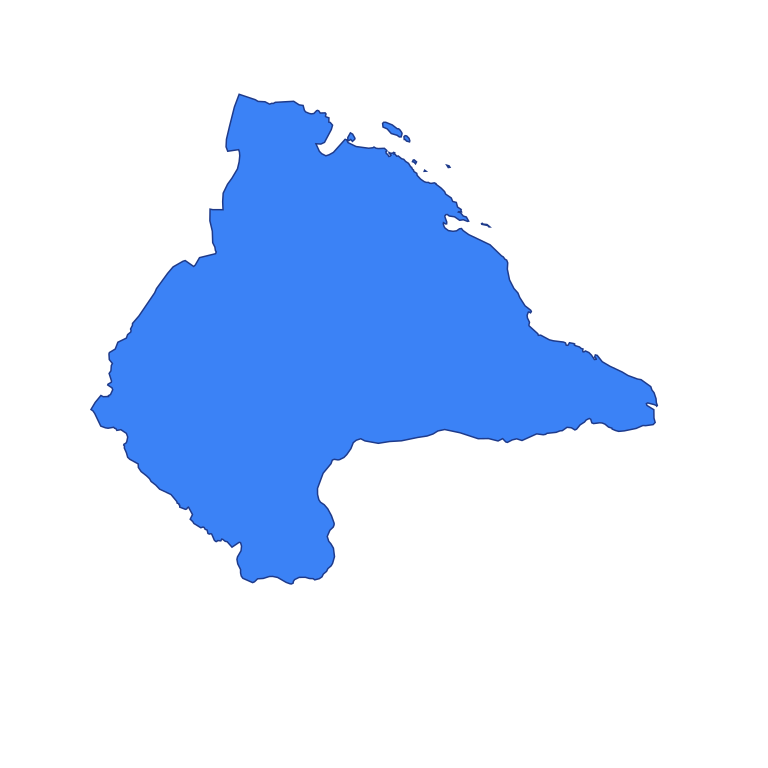 the district of Morombe, Atsimo-Andrefana, Madagascar, rotated 116°
{"feature_id": "10022922B72547257848133", "entity_name": "Morombe", "entity_type": "district", "adm_level": 2, "iso_a3": "MDG", "parent_name": "Madagascar", "parent_adm1": "Atsimo-Andrefana", "projection": "albers", "projection_center": [43.782, -21.873], "detail": "fine", "context": "isolated", "style": "filled", "palette": "blue", "viewbox_px": 768, "rotation_deg": 116, "n_neighbors": 0, "source": "geoboundaries", "source_scale": "gbopen_adm2", "svg_char_len": 6178}
<svg xmlns="http://www.w3.org/2000/svg" viewBox="0 0 768 768"><g transform="rotate(116 384 384)"><path d="M602.9,378.4L601.0,378.9L599.0,378.6L595.0,375.5L592.2,369.9L591.5,365.7L590.0,362.3L590.4,360.4L587.3,356.8L584.5,355.2L581.4,355.2L577.6,353.5L574.5,353.5L570.6,351.8L567.7,351.6L560.9,352.8L553.7,357.5L550.9,361.7L549.6,364.7L545.9,368.2L539.2,368.5L534.8,366.9L532.5,367.1L531.0,367.8L525.4,373.5L520.8,379.9L518.7,384.8L518.1,389.3L516.5,391.9L512.4,395.3L507.0,398.0L490.9,399.6L478.9,396.7L475.0,397.1L473.5,395.7L472.4,392.1L471.5,390.8L467.6,387.8L463.7,386.5L456.6,385.4L450.2,385.9L446.7,384.3L443.4,380.9L443.5,376.2L439.8,363.1L433.2,353.7L427.4,343.4L417.2,330.2L411.9,322.5L407.4,318.0L402.6,315.0L398.3,309.5L394.5,294.3L391.9,275.4L387.2,266.1L385.2,256.5L381.1,253.4L382.7,249.1L382.4,247.5L378.0,244.2L375.1,240.7L374.3,235.2L361.9,224.9L359.8,218.6L358.4,216.7L356.9,215.9L352.0,208.1L348.9,205.2L347.8,203.3L342.7,200.5L341.2,196.4L341.6,192.3L340.2,191.1L334.7,189.8L330.3,187.1L327.7,186.5L325.0,184.4L325.1,182.7L327.8,180.2L327.7,178.3L324.3,173.1L323.4,170.8L323.2,167.8L324.3,163.3L323.8,159.8L324.5,159.2L324.3,155.5L323.7,152.3L320.8,147.5L313.4,137.9L307.8,133.1L306.7,130.5L302.5,124.3L299.7,123.4L296.3,126.4L288.8,130.2L288.0,138.3L286.6,139.6L285.4,138.7L284.0,131.8L284.0,129.8L284.4,129.2L283.5,128.9L281.4,131.0L277.9,133.1L273.5,137.4L271.9,140.6L269.4,143.1L267.4,154.9L268.4,158.3L269.4,168.4L268.8,175.1L269.0,188.6L268.3,197.6L264.8,204.9L265.2,206.8L267.4,206.5L268.0,204.7L268.8,204.1L269.8,205.6L267.1,210.2L265.9,213.6L266.0,217.4L267.5,218.4L267.8,219.3L267.1,220.0L265.3,220.5L265.6,222.2L265.0,224.6L265.7,229.0L265.5,230.0L264.5,230.1L264.4,230.9L265.6,235.4L268.4,235.6L269.0,236.3L269.2,237.3L267.5,238.9L267.6,241.0L270.9,250.6L271.8,254.7L271.4,264.6L272.6,266.6L271.4,267.8L268.2,278.9L267.6,279.6L264.7,280.3L261.8,284.0L259.5,285.5L256.1,285.8L255.7,285.3L255.8,283.5L254.3,283.3L253.4,284.4L251.9,291.5L246.7,300.0L243.5,303.5L241.2,309.1L235.4,316.8L226.7,323.5L220.9,325.9L218.9,328.0L218.8,330.1L217.5,332.4L217.3,334.6L212.4,349.7L212.6,373.3L211.4,380.3L210.3,382.5L211.4,384.2L214.5,385.9L216.5,388.9L217.9,393.4L217.1,397.5L216.2,399.0L214.0,401.0L212.9,401.3L213.1,398.7L212.6,397.9L210.9,398.6L207.0,402.6L206.3,403.0L204.6,402.6L203.9,401.4L204.4,399.0L202.8,393.9L203.7,387.8L201.6,384.7L201.2,380.1L200.5,379.3L197.8,383.2L198.3,386.4L196.5,390.3L196.9,392.6L196.4,392.5L195.3,389.8L193.8,391.3L193.3,391.2L192.7,395.5L189.1,398.6L189.8,402.3L187.3,405.1L186.3,411.8L184.5,413.9L182.9,418.4L181.6,425.0L181.1,425.1L181.1,426.9L182.8,429.2L183.5,430.9L183.3,432.3L184.3,434.5L184.5,436.6L183.8,440.9L182.0,445.6L180.3,446.9L179.9,450.3L178.7,451.3L178.5,452.6L177.1,454.2L177.1,455.3L174.9,458.7L174.5,462.1L173.4,464.7L173.8,466.9L172.8,471.2L173.7,472.4L172.4,475.3L172.7,475.6L171.5,475.7L171.6,476.9L172.6,477.3L173.7,479.0L173.7,481.0L174.3,480.6L175.2,478.0L176.6,478.4L177.4,479.4L176.0,481.4L175.9,482.9L174.4,484.1L173.5,483.5L172.9,483.8L172.0,487.0L174.9,492.4L175.6,494.6L175.4,496.9L176.5,497.5L178.8,501.1L182.8,513.2L182.8,522.2L180.9,524.7L181.1,526.2L198.0,531.0L202.1,533.9L204.4,536.3L204.3,541.0L203.2,544.1L197.9,550.5L196.0,545.9L192.9,543.4L178.4,542.9L173.9,543.7L172.5,547.0L172.8,548.4L168.9,550.2L169.3,553.2L169.0,554.0L166.7,554.5L166.1,555.7L168.4,560.1L167.1,562.4L167.2,563.7L167.9,564.4L171.6,565.6L173.1,567.8L173.6,569.9L173.8,573.7L172.9,575.5L169.1,578.8L170.3,582.6L169.5,589.1L178.5,605.2L180.4,606.5L180.9,607.9L182.6,609.5L182.5,614.7L185.2,621.1L184.9,624.2L187.1,641.2L200.6,639.9L219.7,635.9L233.1,632.9L240.1,629.9L243.3,626.5L237.1,617.4L238.9,615.6L242.1,613.7L247.8,611.6L254.9,610.0L265.7,610.9L273.0,612.2L283.0,612.2L290.9,608.9L297.9,605.1L302.4,614.4L303.1,617.0L313.7,612.0L321.9,605.3L332.1,599.9L335.1,596.0L338.0,594.0L338.8,592.7L340.7,592.5L351.3,605.2L359.9,605.8L361.8,606.6L360.2,616.8L361.8,618.5L371.2,624.9L379.4,627.0L398.0,630.3L402.6,630.1L430.3,634.1L439.8,636.6L441.6,635.8L445.7,635.9L446.8,634.8L448.3,634.4L452.0,636.1L455.7,635.7L463.1,641.5L470.4,640.9L476.1,644.6L477.5,644.4L482.5,641.6L484.6,637.1L486.9,637.2L491.9,635.2L495.0,635.7L500.8,630.2L502.0,629.9L505.2,632.0L506.0,631.9L506.7,626.8L508.1,625.3L513.4,625.2L515.3,626.6L516.0,626.1L518.5,630.8L518.4,633.4L527.1,635.5L535.4,636.2L535.7,633.9L537.3,631.1L546.0,620.1L545.5,615.2L544.7,612.6L541.4,608.0L541.9,606.7L541.6,605.5L542.8,603.8L540.4,600.5L541.3,593.9L544.0,591.1L548.7,589.9L550.4,590.1L552.1,591.3L553.0,591.2L553.5,590.1L555.4,589.3L558.8,585.3L562.2,582.3L563.1,579.5L563.6,569.9L566.7,568.2L569.2,563.9L570.6,557.3L571.9,553.2L573.7,550.6L574.9,544.8L576.9,539.5L576.7,527.0L580.4,518.8L581.8,517.6L581.5,516.0L582.4,515.4L582.5,514.5L584.2,513.6L583.7,507.5L582.9,506.6L581.1,506.3L580.4,505.7L585.3,498.9L590.5,498.9L591.5,495.6L592.7,493.7L593.5,485.6L591.9,484.0L591.8,482.7L593.0,481.1L592.8,479.0L595.5,476.7L595.5,475.3L594.4,473.9L594.5,473.0L598.8,468.0L599.3,466.3L599.0,465.4L597.6,464.8L596.5,461.9L594.6,461.9L594.3,460.9L595.0,457.8L594.5,455.8L597.3,449.1L590.0,444.9L589.5,444.2L589.6,443.3L592.1,441.0L596.5,439.4L603.6,439.9L606.1,439.3L609.8,436.6L613.6,431.6L616.7,430.1L619.2,428.1L620.5,425.7L620.1,415.0L618.6,413.7L614.5,412.2L611.7,407.3L607.3,402.7L605.7,399.6L604.5,394.8L605.2,385.0L604.8,381.1L604.4,379.7L602.9,378.4ZM150.4,499.5L153.5,497.5L153.3,493.0L155.7,487.3L154.7,481.3L155.2,478.6L154.4,476.9L151.1,477.5L150.2,478.3L148.7,480.9L148.2,482.7L148.8,484.0L147.5,490.2L148.0,497.2L148.9,499.0L150.4,499.5ZM178.3,524.6L180.4,523.5L180.8,522.4L178.8,521.1L179.8,518.7L177.0,517.6L175.9,517.8L173.2,521.7L173.0,524.3L178.3,524.6ZM152.9,474.5L155.4,473.0L155.0,472.0L155.8,470.3L155.2,467.2L154.1,467.4L152.2,469.2L151.1,472.3L151.5,473.9L152.9,474.5ZM172.3,452.2L170.1,452.1L169.3,455.2L169.9,455.9L171.7,455.9L171.5,454.1L172.3,452.2ZM197.6,366.1L196.1,360.3L196.8,358.5L196.4,357.7L195.5,361.3L196.8,364.9L196.5,366.2L197.2,366.6L197.6,366.1ZM159.8,423.5L161.3,421.1L160.3,419.7L159.4,421.2L159.8,423.5ZM174.0,441.2L175.2,441.1L174.3,439.5L174.0,441.2Z" fill="#3b82f6" stroke="#1e3a8a" stroke-width="1.5"/></g></svg>